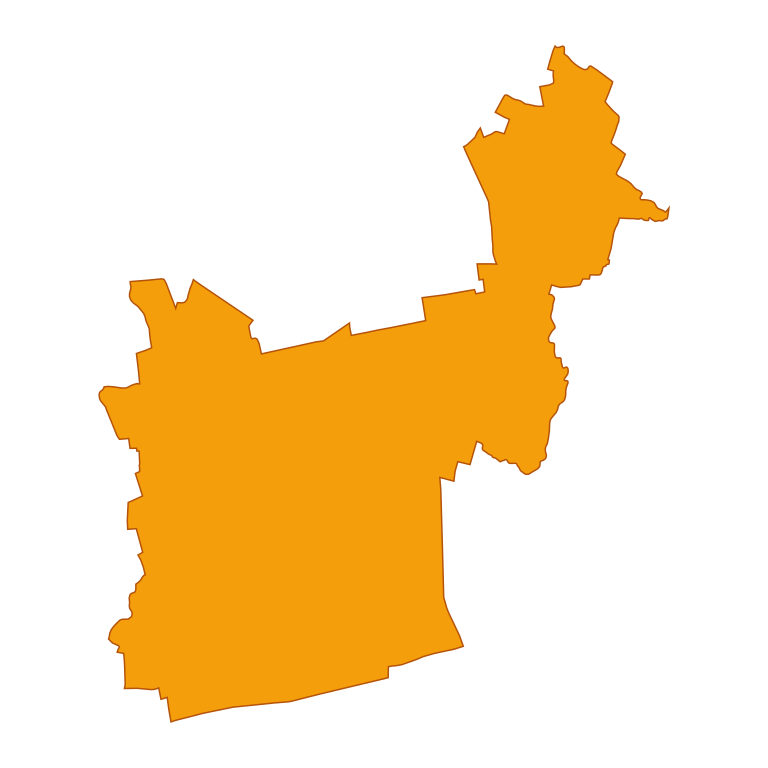 the district of Chau Thanh, Tiền Giang, Vietnam
{"feature_id": "81297802B2434648618604", "entity_name": "Chau Thanh", "entity_type": "district", "adm_level": 2, "iso_a3": "VNM", "parent_name": "Vietnam", "parent_adm1": "Tiền Giang", "projection": "natural_earth1", "projection_center": [106.308, 10.422], "detail": "fine", "context": "isolated", "style": "filled", "palette": "amber", "viewbox_px": 768, "rotation_deg": 0, "n_neighbors": 0, "source": "geoboundaries", "source_scale": "gbopen_adm2", "svg_char_len": 6084}
<svg xmlns="http://www.w3.org/2000/svg" viewBox="0 0 768 768"><path d="M668.9,208.0L665.9,211.9L665.2,211.9L663.1,210.5L658.0,208.4L656.1,206.2L655.5,204.6L654.0,202.5L651.1,200.9L647.9,200.1L643.6,199.7L641.3,199.8L640.3,199.1L640.1,197.5L642.2,193.5L641.4,192.1L639.2,190.7L636.4,189.4L634.1,187.4L630.9,183.6L627.8,181.2L619.8,176.9L617.3,175.2L616.4,174.0L616.9,171.8L620.6,165.2L625.3,154.2L618.7,149.0L612.6,144.5L611.2,143.2L611.6,141.0L614.0,135.0L615.7,130.3L617.4,124.9L618.7,121.7L619.1,117.2L618.4,115.7L613.1,110.9L607.2,104.4L605.0,101.5L605.9,99.8L608.4,93.8L612.3,83.4L612.6,81.7L597.2,70.2L590.8,66.0L589.9,66.1L589.2,66.5L587.6,68.9L585.5,69.6L583.9,69.5L580.9,68.1L578.2,66.5L575.3,64.4L571.5,61.0L567.6,56.4L566.1,55.4L564.1,53.6L564.3,52.5L564.4,49.4L564.2,47.3L563.9,46.7L562.8,46.1L558.5,47.5L557.5,47.4L556.5,47.3L555.7,46.8L555.1,46.1L553.2,50.3L549.8,61.4L547.7,69.2L553.5,70.9L553.2,73.1L553.2,76.4L553.7,80.2L553.6,82.2L553.4,83.1L549.6,84.9L539.8,86.7L543.6,106.1L539.1,106.4L537.3,106.2L535.5,106.0L528.3,104.4L526.2,104.2L525.0,103.8L520.8,101.1L519.3,100.5L514.8,99.4L513.1,98.7L507.6,95.4L506.2,95.0L504.7,95.3L502.9,98.2L495.3,112.3L504.3,117.2L509.5,119.4L504.2,133.8L497.0,131.6L495.9,131.6L495.0,131.8L491.1,134.3L483.7,137.3L480.3,128.0L477.3,132.2L475.1,137.2L467.3,144.6L464.8,146.2L463.7,146.6L464.7,149.3L469.9,160.8L487.0,198.0L488.6,201.8L490.5,220.0L491.6,226.5L492.3,239.7L492.9,245.5L492.9,251.8L493.3,254.2L495.4,261.3L496.7,264.1L491.2,263.9L477.1,263.9L479.1,280.0L483.1,279.3L484.7,291.9L475.9,293.8L474.5,289.6L444.1,294.9L422.1,297.7L425.7,320.6L391.7,327.5L378.1,330.0L366.8,332.4L351.3,335.4L349.7,327.1L349.5,323.0L323.5,340.9L316.0,341.9L261.4,353.9L259.2,343.9L257.5,339.8L256.5,338.7L255.6,338.3L254.8,338.2L252.2,338.7L251.7,338.5L251.4,338.2L251.0,337.4L250.3,334.6L248.8,326.2L250.2,323.9L253.0,320.3L204.2,287.3L195.9,281.6L193.4,279.6L192.0,283.9L190.1,288.3L187.9,296.1L187.7,297.8L186.7,300.0L184.5,302.4L181.6,302.9L177.4,302.6L175.7,308.4L166.3,283.6L164.6,280.4L164.0,279.5L163.2,279.1L161.0,278.9L149.0,280.1L130.2,281.6L130.3,284.3L130.9,286.0L130.9,288.0L129.5,293.8L129.5,296.6L130.8,300.1L133.5,303.1L137.8,306.3L143.6,313.3L145.1,316.8L145.9,320.6L148.8,327.5L149.3,329.1L149.6,333.5L150.4,340.3L151.7,347.8L145.5,350.4L136.4,353.5L138.4,370.0L139.7,383.9L137.0,383.6L134.4,384.3L131.8,385.2L128.0,387.2L125.7,388.0L121.5,388.0L114.0,386.9L108.1,386.4L104.2,386.8L103.4,388.7L102.8,389.6L100.2,391.7L99.4,393.1L99.1,395.0L99.5,398.1L100.0,399.6L100.9,401.2L105.6,407.0L106.2,409.0L117.0,435.6L119.4,439.3L128.7,438.5L130.0,448.3L136.6,448.3L136.8,451.0L139.1,451.1L139.7,463.6L139.3,465.5L139.6,468.2L139.6,471.6L135.4,473.5L142.5,495.9L140.8,496.8L128.2,502.5L127.3,520.1L127.7,529.3L136.3,528.7L142.7,552.3L138.0,555.0L141.0,560.6L143.3,567.1L145.2,574.8L144.4,575.0L143.6,575.7L142.3,577.2L140.9,579.7L138.6,582.2L135.9,584.1L135.8,590.0L135.1,591.8L134.1,592.4L131.3,593.5L130.2,594.4L129.8,595.4L129.2,598.0L129.6,602.8L129.3,605.7L129.6,608.3L131.8,611.7L132.0,612.9L132.0,614.9L131.8,616.0L131.3,616.8L128.2,619.1L122.1,619.3L119.8,620.2L115.7,624.2L112.7,627.7L111.1,630.0L109.8,633.3L109.1,637.3L108.5,639.0L112.5,643.0L118.6,645.8L119.1,646.3L119.3,647.0L119.1,647.7L118.0,649.6L117.2,652.2L123.7,653.4L124.3,659.8L124.7,667.6L125.2,684.6L124.4,688.5L137.1,688.3L151.3,689.6L153.8,689.4L156.5,688.8L158.7,687.9L161.0,699.3L167.2,697.4L168.9,709.9L171.0,721.9L175.8,720.3L203.0,713.3L232.6,707.2L273.6,703.0L288.2,701.8L291.7,701.2L319.2,694.2L388.2,677.7L388.4,666.7L391.6,666.1L395.9,665.7L401.7,664.7L416.7,659.4L423.2,656.6L434.4,653.4L454.1,649.2L463.3,646.3L459.5,635.7L448.8,613.1L446.8,608.2L443.7,597.2L442.4,546.6L440.8,490.0L439.8,477.4L453.9,481.2L455.1,471.3L457.8,461.7L470.0,464.6L476.7,441.3L481.7,443.4L482.5,444.5L482.8,446.3L482.3,447.8L482.4,449.3L483.2,450.4L485.3,451.6L488.4,454.0L491.5,455.4L492.8,457.3L493.6,457.7L495.5,458.0L499.9,461.6L500.5,461.7L501.9,460.8L503.8,460.5L504.8,459.9L505.8,459.5L506.7,459.9L508.4,462.6L509.0,463.1L510.2,463.4L515.3,463.3L516.1,463.5L516.7,463.9L517.5,465.8L519.1,467.7L520.2,470.2L520.7,470.8L524.9,473.9L525.9,474.3L528.7,474.2L531.7,472.3L537.5,468.9L539.4,466.9L539.9,465.6L540.1,462.4L540.4,461.7L541.2,461.0L543.2,460.3L544.8,459.3L545.5,458.5L546.3,456.6L546.4,455.0L545.4,451.7L545.3,448.7L545.7,446.9L547.3,443.6L548.3,438.9L549.4,430.6L549.6,423.9L550.2,420.3L550.8,419.1L551.7,417.8L556.2,412.3L557.5,409.7L558.3,406.4L558.9,405.2L559.9,403.8L562.8,401.9L563.5,401.2L564.6,399.6L565.6,395.9L565.8,390.5L566.1,388.7L566.4,387.2L567.9,383.2L568.0,382.4L567.9,381.4L567.6,381.0L567.1,380.8L565.0,380.6L564.4,380.0L564.3,379.6L564.6,378.6L565.1,377.7L566.6,375.8L567.8,373.8L568.2,371.7L568.2,370.5L567.8,368.3L566.7,367.1L566.2,367.0L564.6,367.8L563.7,368.0L563.2,367.9L562.8,367.5L562.4,366.7L561.6,363.6L561.2,361.5L560.9,358.5L560.2,357.9L556.7,357.9L556.2,357.6L555.5,356.9L554.9,355.2L554.3,351.9L554.5,346.1L554.4,344.3L554.1,343.6L553.7,343.3L552.6,342.9L550.4,342.6L549.3,341.9L548.9,341.1L548.5,338.9L548.4,337.8L550.3,333.9L552.3,330.8L552.8,330.2L554.5,328.7L555.0,327.7L554.8,325.9L551.4,319.3L550.8,317.5L550.7,316.5L551.5,312.4L552.1,310.2L552.4,309.6L553.0,303.9L554.3,299.6L554.4,298.5L554.0,297.2L553.5,296.5L552.0,295.1L551.5,294.7L548.9,294.2L551.6,285.0L556.8,286.5L560.8,287.4L571.2,286.7L577.9,285.5L578.8,285.3L580.2,284.6L582.8,279.0L589.4,279.0L590.1,274.9L598.0,275.0L600.1,274.6L600.6,274.1L601.2,273.3L602.1,270.8L602.5,268.9L603.1,267.3L603.6,266.8L605.8,266.0L606.5,264.6L606.9,264.4L608.6,264.2L609.0,263.7L609.2,262.5L609.3,260.0L607.8,259.7L611.1,248.3L613.5,234.1L614.0,231.9L615.6,227.5L616.5,226.1L618.1,222.6L619.4,218.0L627.3,218.5L633.6,218.6L638.2,219.1L639.2,219.0L641.5,218.3L644.1,220.1L646.1,220.5L648.0,220.5L648.5,220.3L648.8,219.6L648.9,218.4L649.3,217.8L649.5,217.7L650.4,218.1L651.8,219.5L654.8,221.2L656.6,221.2L657.5,220.9L659.3,220.6L662.1,220.9L663.4,220.5L664.3,219.6L665.4,219.0L667.1,218.8L667.9,215.7L668.9,208.0Z" fill="#f59e0b" stroke="#b45309" stroke-width="1.5"/></svg>